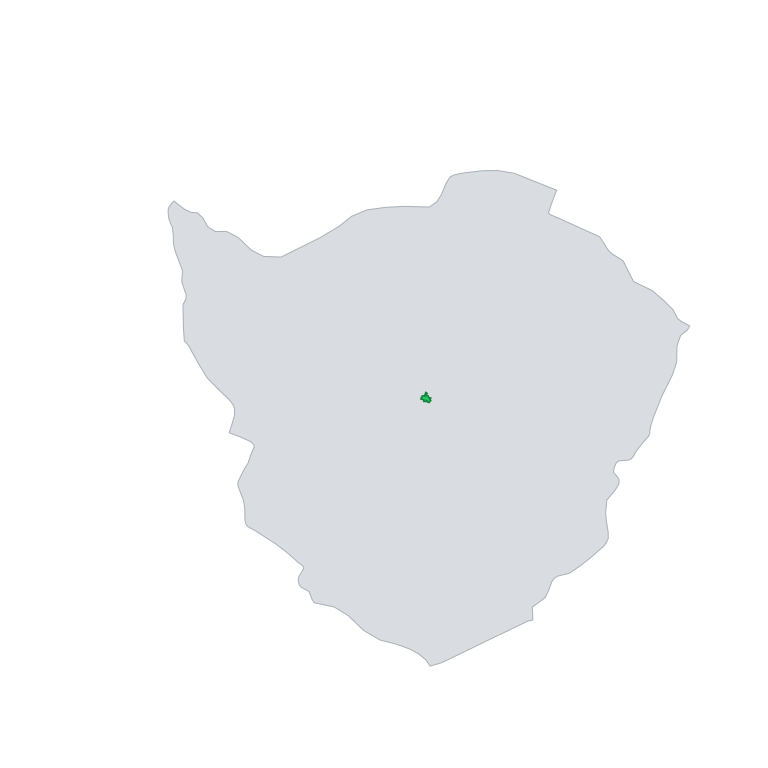 Redcliff, Midlands, Zimbabwe (highlighted), rotated 22°
{"feature_id": "62879985B17872129948675", "entity_name": "Redcliff", "entity_type": "district", "adm_level": 2, "iso_a3": "ZWE", "parent_name": "Zimbabwe", "parent_adm1": "Midlands", "projection": "mercator", "projection_center": [29.763, -19.011], "detail": "fine", "context": "in_parent", "style": "filled", "palette": "green", "viewbox_px": 768, "rotation_deg": 22, "n_neighbors": 0, "source": "geoboundaries", "source_scale": "gbopen_adm2", "svg_char_len": 2788}
<svg xmlns="http://www.w3.org/2000/svg" viewBox="0 0 768 768"><g transform="rotate(22 384 384)"><path d="M532.4,628.3L526.2,624.1L517.7,621.3L507.0,620.1L493.0,620.6L475.8,622.9L457.4,620.1L437.7,612.2L421.4,609.4L401.9,612.9L401.0,612.9L397.6,610.3L392.3,604.5L383.4,603.5L381.0,602.1L379.0,600.0L377.7,597.3L377.2,594.2L378.7,584.8L377.9,583.7L375.5,582.6L370.6,581.4L358.9,577.1L344.2,573.0L320.2,568.4L310.9,567.2L308.8,565.9L306.1,562.4L301.5,551.5L297.2,544.4L286.9,533.4L285.3,529.9L285.8,521.2L286.5,514.2L287.6,508.2L287.1,502.6L287.0,495.6L287.3,491.0L285.9,489.0L282.2,487.5L271.6,486.9L258.7,487.2L258.3,480.1L257.1,469.2L254.7,462.9L251.7,459.7L245.8,456.3L233.8,451.6L217.6,444.5L203.7,434.1L187.7,421.1L182.7,418.8L176.8,406.6L167.9,385.8L168.5,378.8L167.1,375.5L158.4,365.2L156.5,359.9L154.9,354.6L141.1,339.6L136.4,333.1L132.8,324.8L129.2,318.1L126.2,315.4L122.2,310.8L119.5,305.6L118.2,301.8L119.3,296.6L120.6,293.1L133.8,296.8L141.0,297.1L146.6,295.2L153.6,297.7L161.9,304.4L171.0,305.7L180.8,301.5L194.0,302.8L210.7,309.5L224.5,310.8L241.0,304.9L255.6,288.4L269.4,272.9L283.0,255.0L291.2,240.6L303.2,228.8L319.0,219.8L335.1,212.2L359.8,202.9L364.7,195.2L366.3,186.8L366.3,175.1L367.6,167.6L370.2,164.2L374.3,161.5L379.6,158.0L395.8,149.2L409.4,143.5L425.9,139.8L444.1,139.8L461.5,139.7L471.5,139.7L471.6,150.9L472.4,163.5L474.3,164.7L487.5,165.0L508.5,165.9L528.8,166.7L541.8,175.9L546.2,177.8L559.7,180.3L576.9,195.5L597.6,196.9L611.9,201.7L624.4,207.0L631.7,213.3L636.3,214.7L642.7,215.2L645.7,215.7L645.1,220.3L640.8,227.9L641.4,239.0L647.2,254.2L648.0,267.5L646.2,291.0L646.3,313.8L646.9,322.0L647.8,327.4L649.0,330.3L648.8,333.7L645.4,343.3L642.6,353.4L642.5,357.4L641.4,360.3L639.4,362.8L630.3,367.5L628.8,370.4L628.8,375.6L629.9,380.0L633.3,381.6L637.4,384.1L639.0,387.4L639.0,390.9L637.7,397.3L634.1,408.0L637.7,420.3L641.8,428.2L647.4,437.5L649.8,443.2L649.6,447.3L648.8,451.2L640.4,468.1L634.3,478.6L626.9,489.9L617.1,497.0L614.6,500.4L613.6,504.3L614.0,512.7L613.5,521.6L605.1,535.2L610.4,547.0L609.2,548.1L606.3,549.8L594.3,563.0L582.1,576.4L573.2,586.2L563.1,597.4L551.7,610.0L542.0,620.7L532.4,628.3Z" fill="#d9dde1" stroke="#a8b0b8" stroke-width="1"/><path d="M427.5,376.5L425.9,376.1L425.9,376.8L426.1,376.9L426.0,377.3L425.9,377.8L425.9,378.2L426.0,378.5L426.1,378.9L426.3,379.0L426.4,379.3L426.7,379.5L426.7,379.9L425.8,380.1L425.5,380.1L425.3,380.2L425.2,380.2L423.9,380.5L424.0,381.2L424.1,382.3L423.6,382.5L423.9,384.2L427.1,383.8L427.4,385.3L429.4,384.5L429.6,383.4L430.1,383.6L430.0,383.9L430.1,384.1L430.3,384.1L430.8,384.4L431.0,384.0L431.8,384.3L432.0,384.3L432.4,384.4L432.8,384.3L433.6,381.7L432.1,380.9L432.6,380.0L432.7,379.5L430.2,379.7L429.4,378.4L426.8,378.3L427.5,376.5Z" fill="#22c55e" stroke="#15803d" stroke-width="1.5"/></g></svg>